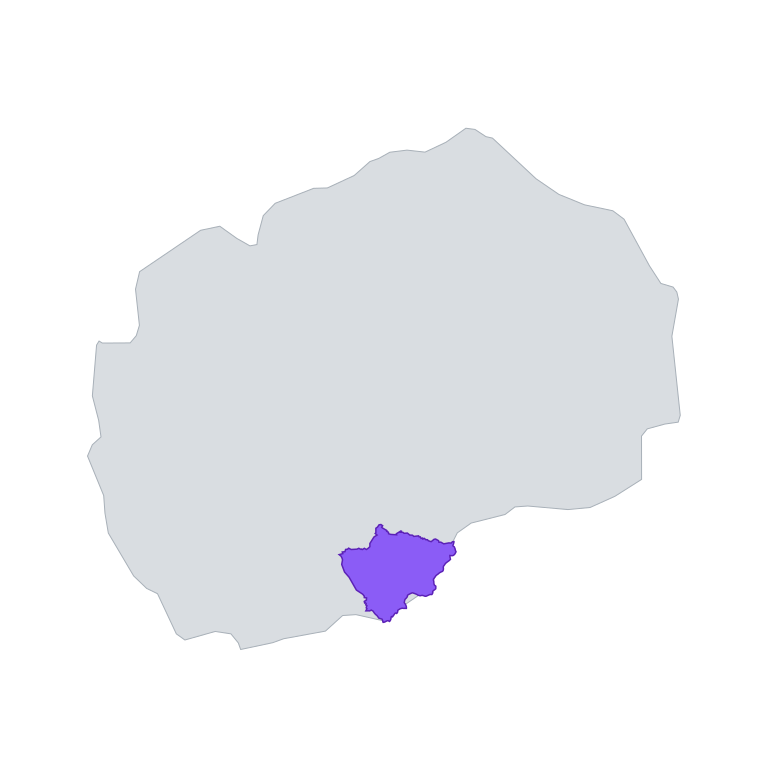 location of Novatsi, Novaci, North Macedonia, rotated 351°
{"feature_id": "65306769B28760853140319", "entity_name": "Novatsi", "entity_type": "district", "adm_level": 2, "iso_a3": "MKD", "parent_name": "North Macedonia", "parent_adm1": "Novaci", "projection": "albers", "projection_center": [21.684, 41.019], "detail": "fine", "context": "in_parent", "style": "filled", "palette": "violet", "viewbox_px": 768, "rotation_deg": 351, "n_neighbors": 0, "source": "geoboundaries", "source_scale": "gbopen_adm2", "svg_char_len": 4245}
<svg xmlns="http://www.w3.org/2000/svg" viewBox="0 0 768 768"><g transform="rotate(351 384 384)"><path d="M345.6,179.8L358.7,181.5L387.2,173.4L404.9,162.1L414.0,160.4L426.0,156.0L443.3,156.6L460.8,161.4L483.1,154.9L504.9,144.2L513.7,146.8L523.3,155.6L529.6,158.1L566.3,205.1L586.4,224.1L610.1,238.4L637.1,248.7L646.9,258.8L664.7,308.9L673.2,328.0L684.7,333.5L687.6,339.0L688.1,346.2L675.8,381.9L671.7,461.3L668.6,467.7L655.0,467.5L637.0,469.5L630.2,475.7L623.5,518.5L594.6,531.0L568.3,538.2L546.0,536.8L506.9,527.0L494.1,525.9L483.2,531.8L448.3,535.0L433.1,542.5L397.1,592.5L360.6,609.7L348.1,618.5L320.2,607.4L306.9,606.2L287.5,618.9L245.1,619.9L233.6,622.1L200.9,623.8L199.6,616.9L193.7,606.8L178.5,602.0L147.3,605.7L139.8,598.3L127.5,555.7L117.6,548.8L106.7,534.4L88.4,488.1L88.2,467.9L89.7,450.3L79.9,408.8L86.4,398.4L96.2,392.0L96.5,375.4L94.1,350.1L106.2,300.6L109.3,297.0L112.2,299.5L139.7,303.7L146.9,297.5L151.6,287.8L153.4,251.5L160.2,234.8L226.9,203.5L246.5,202.5L261.4,217.2L273.2,226.6L280.3,226.4L283.0,217.0L291.1,198.8L304.8,188.5L345.2,179.7L345.6,179.8Z" fill="#d9dde1" stroke="#a8b0b8" stroke-width="1"/><path d="M330.6,605.2L331.2,605.3L332.6,605.5L333.8,605.7L334.5,605.9L335.0,605.6L336.1,605.3L336.4,605.6L337.6,606.5L338.3,608.0L338.8,609.0L339.1,609.5L339.8,610.5L340.1,610.8L340.7,611.4L341.7,613.2L341.9,613.9L342.2,614.4L342.6,614.6L343.9,615.3L344.8,615.7L345.2,615.9L345.4,616.4L345.7,617.8L345.8,618.2L345.6,618.7L345.9,619.3L346.9,619.3L347.6,619.2L348.7,618.8L350.0,618.4L350.3,618.4L351.0,618.4L351.7,618.9L352.1,619.3L352.3,619.4L352.7,619.1L353.2,618.6L353.8,617.7L354.1,616.9L354.5,615.7L354.9,614.9L355.6,614.9L356.0,615.3L357.6,613.7L358.0,613.2L358.4,612.8L359.1,612.2L359.6,612.1L359.9,612.1L360.0,612.1L360.6,612.6L360.9,612.4L361.3,612.0L361.7,611.5L361.9,611.0L362.1,610.2L362.2,609.7L362.6,609.5L363.0,609.3L364.9,608.5L367.0,608.3L368.2,608.7L369.1,608.8L371.0,609.1L371.2,608.1L371.2,607.1L371.0,606.1L370.7,604.8L370.1,603.8L369.8,603.1L370.4,601.4L370.9,600.3L371.3,599.8L372.6,598.9L373.7,597.8L373.9,597.4L374.1,596.5L374.8,596.0L375.6,595.7L378.2,594.9L378.7,594.8L379.4,594.7L379.9,594.9L382.3,596.2L382.9,596.6L383.3,596.8L383.8,597.2L384.2,597.7L386.5,598.8L388.2,598.7L389.2,598.9L390.0,599.3L390.8,599.8L391.6,600.1L392.5,600.2L394.9,599.5L396.5,599.1L397.0,599.2L398.1,599.4L398.3,599.4L398.5,599.3L399.0,598.7L399.4,598.1L399.6,597.8L399.4,597.4L399.5,597.0L399.7,596.5L400.4,595.9L401.4,595.3L401.7,595.2L402.4,594.8L403.1,594.3L403.5,592.3L403.5,591.7L402.8,591.0L402.3,590.4L402.1,589.3L402.1,588.6L402.1,588.4L402.2,587.6L402.3,586.4L402.1,585.4L402.4,584.4L403.5,583.3L405.4,581.4L405.6,581.2L406.8,580.6L407.2,580.4L407.3,580.4L409.4,579.1L411.6,578.4L412.5,578.2L413.2,577.5L413.5,576.8L413.8,575.9L413.8,575.4L413.9,574.1L414.4,573.1L415.3,572.3L416.7,570.8L418.8,569.6L419.8,569.1L420.6,568.7L422.2,567.6L422.2,566.8L422.1,565.7L422.1,564.6L422.2,563.7L423.7,564.1L424.9,564.3L425.7,564.1L426.5,563.7L427.3,563.1L427.8,562.5L428.9,561.0L428.5,559.6L428.4,557.7L428.2,557.0L428.0,556.0L427.9,555.8L427.6,555.5L427.0,555.0L426.8,554.5L426.8,554.3L427.6,552.9L428.3,551.2L428.4,550.6L426.9,550.5L425.5,551.6L423.2,551.1L418.0,551.2L415.4,549.1L413.5,548.9L413.4,547.3L410.7,545.2L409.2,545.2L405.9,547.1L403.2,545.7L402.6,544.6L400.9,544.3L399.7,542.8L398.1,543.2L398.0,542.2L396.5,542.3L396.0,540.7L394.8,540.5L394.4,539.4L389.6,539.2L388.5,537.8L385.8,537.2L383.8,534.9L380.5,534.6L379.5,533.5L377.2,533.0L378.1,532.1L377.7,531.8L372.8,533.8L372.9,534.9L367.1,533.6L365.1,532.6L365.2,531.1L363.6,529.9L363.9,529.2L359.8,525.8L359.3,525.1L360.5,523.8L359.0,522.3L357.1,522.3L355.2,524.3L353.4,525.2L352.7,529.6L351.9,530.3L353.5,532.1L350.2,533.5L345.1,539.3L344.6,542.5L342.3,544.0L340.6,544.7L338.9,543.2L336.9,544.1L336.1,543.5L335.5,543.8L333.4,542.3L331.5,542.9L325.6,542.3L323.4,540.6L322.1,541.5L320.2,541.4L319.2,543.5L316.5,543.4L316.8,545.1L313.0,545.5L314.7,547.4L315.4,549.8L315.5,551.3L314.0,555.6L315.6,563.5L319.3,569.4L324.5,583.2L330.1,588.3L331.3,590.4L331.1,591.9L333.3,592.5L332.8,594.7L330.5,595.6L330.6,597.0L331.0,596.7L332.0,598.0L331.4,599.3L332.4,600.2L331.4,602.3L332.0,603.3L330.6,605.2Z" fill="#8b5cf6" stroke="#5b21b6" stroke-width="1.5"/></g></svg>